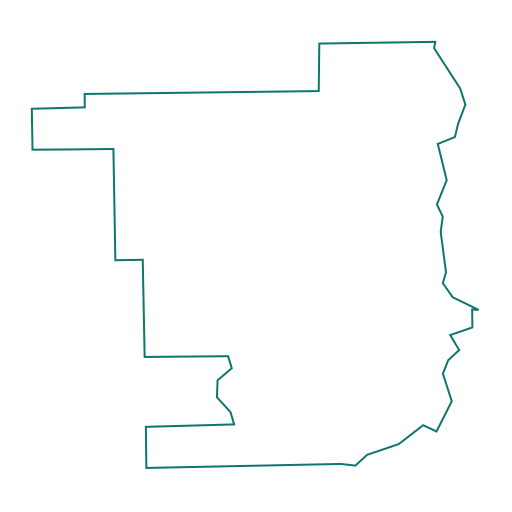 outline of Jefferson Davis, Louisiana, United States of America, rotated 359°
{"feature_id": "52423323B3743396317208", "entity_name": "Jefferson Davis", "entity_type": "district", "adm_level": 2, "iso_a3": "USA", "parent_name": "United States of America", "parent_adm1": "Louisiana", "projection": "orthographic", "projection_center": [-92.778, 30.263], "detail": "fine", "context": "isolated", "style": "outline", "palette": "teal", "viewbox_px": 512, "rotation_deg": 359, "n_neighbors": 0, "source": "geoboundaries", "source_scale": "gbopen_adm2", "svg_char_len": 764}
<svg xmlns="http://www.w3.org/2000/svg" viewBox="0 0 512 512"><g transform="rotate(359 256 256)"><path d="M437.7,51.3L439.0,45.0L323.0,44.7L321.6,92.2L87.5,91.0L87.4,104.4L34.4,104.9L34.4,124.1L34.4,141.2L34.4,145.8L69.7,146.2L115.3,146.5L115.3,257.8L142.7,257.8L142.9,355.0L226.4,355.7L229.8,367.8L215.4,379.6L214.5,396.6L227.8,411.7L231.2,424.0L142.9,424.9L142.7,466.0L337.2,465.4L351.7,467.3L363.7,456.7L395.5,446.5L420.2,428.1L433.4,434.6L443.4,415.7L449.2,404.6L440.8,376.9L446.4,363.5L457.5,353.6L448.8,338.4L471.1,331.2L471.2,313.2L477.6,313.8L452.0,300.7L442.3,286.4L445.7,275.6L441.1,235.2L443.4,219.8L437.8,207.7L448.0,183.5L439.7,147.1L456.9,140.6L460.4,127.3L468.0,108.3L463.1,92.2L437.7,51.3Z" fill="none" stroke="#0f766e" stroke-width="2"/></g></svg>